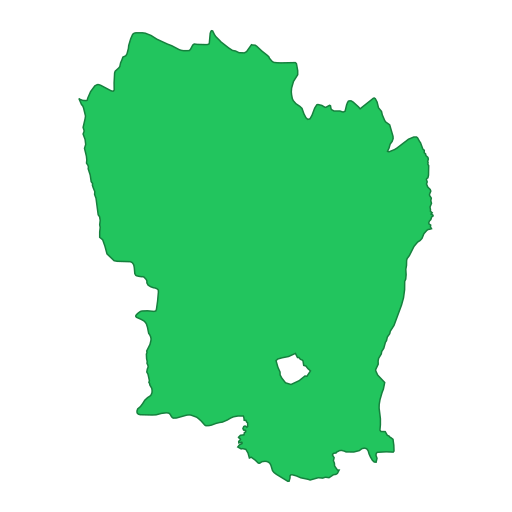 Bulungu, Bandundu, Democratic Republic of the Congo (Mercator projection)
{"feature_id": "63176286B11990771214401", "entity_name": "Bulungu", "entity_type": "district", "adm_level": 2, "iso_a3": "COD", "parent_name": "Democratic Republic of the Congo", "parent_adm1": "Bandundu", "projection": "mercator", "projection_center": [18.692, -4.697], "detail": "fine", "context": "isolated", "style": "filled", "palette": "green", "viewbox_px": 512, "rotation_deg": 0, "n_neighbors": 0, "source": "geoboundaries", "source_scale": "gbopen_adm2", "svg_char_len": 6004}
<svg xmlns="http://www.w3.org/2000/svg" viewBox="0 0 512 512"><path d="M78.9,98.5L81.5,104.5L82.8,106.0L83.6,108.1L85.5,116.0L85.1,118.8L83.1,127.4L84.2,131.0L83.1,134.0L85.1,139.5L85.7,144.5L84.5,148.3L86.4,156.2L86.8,160.0L86.5,163.1L88.0,165.4L88.4,166.9L88.2,168.8L90.2,175.0L91.2,181.7L92.6,183.5L92.4,185.2L93.2,187.7L94.8,191.6L94.6,194.4L96.0,198.2L98.2,214.8L99.6,216.8L100.2,220.4L99.7,224.8L100.2,227.4L99.7,232.0L99.7,237.3L102.7,239.8L105.0,246.4L107.0,253.9L114.1,260.7L117.3,261.3L130.4,261.7L132.2,262.6L133.0,263.6L133.8,265.1L134.3,267.7L134.8,273.6L135.7,275.2L136.4,275.7L138.7,276.3L141.4,276.7L143.2,276.7L144.2,277.3L146.3,279.6L146.9,281.1L146.9,282.9L148.1,285.1L150.6,286.7L153.3,287.7L155.2,288.0L157.0,288.8L158.1,289.7L158.3,290.4L158.4,292.1L157.6,301.1L156.4,309.6L155.7,311.0L153.9,311.4L147.5,310.8L142.1,311.0L140.5,311.4L139.2,312.3L137.5,313.6L135.9,315.4L135.8,316.5L136.5,317.3L140.8,319.2L143.9,320.9L145.3,322.3L146.4,323.9L147.5,327.4L148.7,333.4L149.7,334.7L150.6,336.7L151.0,338.5L151.0,340.1L150.0,344.4L146.7,351.0L147.0,352.3L146.4,354.2L146.6,358.7L147.2,361.4L147.0,363.4L147.8,365.0L148.2,366.9L147.3,369.1L146.8,372.0L148.0,374.2L149.4,380.6L148.9,382.4L149.7,383.7L149.8,384.9L151.8,388.4L152.1,390.7L152.0,392.6L151.1,394.9L150.1,396.0L147.6,397.6L144.8,400.2L142.6,403.7L140.4,406.6L137.7,408.9L137.0,410.9L137.0,412.2L137.3,413.2L138.4,414.2L140.2,414.7L152.3,415.0L156.2,414.8L161.4,413.4L166.4,412.8L168.7,413.1L169.7,413.8L170.4,414.7L171.5,416.7L172.5,417.7L173.3,418.1L176.4,418.0L186.8,415.1L189.3,414.9L191.0,415.1L196.7,417.2L198.4,418.5L201.1,420.9L204.8,425.1L205.9,425.7L209.0,425.6L211.4,425.1L216.0,423.4L219.6,422.5L222.4,422.1L227.3,420.0L230.7,418.0L233.5,416.8L237.9,416.0L243.3,416.0L243.9,417.6L244.2,420.3L246.0,420.4L246.6,422.0L247.6,422.7L247.7,426.6L246.8,427.3L245.8,426.2L244.7,426.1L243.8,426.5L242.9,428.5L243.6,430.1L245.4,430.3L245.8,430.9L245.5,432.1L244.4,432.5L244.0,434.8L240.4,435.3L238.5,437.3L239.0,438.0L240.1,438.5L240.5,439.5L238.7,441.4L238.8,442.9L241.7,442.2L242.1,442.8L242.0,443.6L239.4,444.9L237.8,447.0L241.1,448.9L242.7,448.6L245.9,449.4L248.0,453.0L249.4,458.0L251.2,457.2L255.2,460.1L258.3,463.1L259.7,463.2L261.9,461.7L264.9,461.3L266.4,461.4L268.1,462.0L269.7,463.1L270.9,465.2L272.5,470.6L274.0,472.5L276.2,474.2L287.8,481.3L289.1,481.2L290.0,477.9L290.0,475.9L290.9,474.8L292.4,474.8L296.4,475.9L300.8,477.8L308.1,479.3L310.1,480.0L318.3,477.7L322.7,478.1L325.4,477.2L329.0,477.7L333.5,474.7L335.8,474.4L337.4,473.4L339.1,470.1L337.7,470.1L337.2,469.7L334.6,466.0L334.4,463.2L333.4,460.7L334.1,457.7L332.5,455.1L332.7,454.2L333.9,453.2L336.0,453.0L336.5,452.2L339.5,450.6L341.6,450.4L344.3,451.1L346.0,451.9L353.8,452.0L359.3,450.6L362.0,448.6L364.5,448.1L366.6,448.7L368.1,450.6L369.1,454.0L370.5,457.1L372.4,460.3L374.2,462.0L376.1,462.2L377.0,458.3L375.9,455.1L376.3,453.3L377.3,452.3L386.2,451.8L393.2,452.1L394.0,451.0L393.8,445.2L393.0,439.3L390.7,437.5L390.1,437.4L389.1,436.1L387.3,435.3L385.2,431.6L380.9,431.5L379.9,430.1L380.4,424.8L380.4,418.8L379.1,408.1L379.2,404.4L380.0,399.6L382.1,392.4L383.4,389.1L384.7,382.5L377.7,375.1L375.7,370.8L375.7,369.5L378.2,364.2L378.1,361.0L378.6,358.4L381.3,353.9L381.7,351.5L383.8,348.2L385.4,342.3L386.5,340.6L387.3,337.1L389.7,333.7L390.3,331.2L394.0,325.4L401.5,305.1L403.5,297.9L404.6,289.7L404.7,281.3L405.7,279.2L406.1,274.8L405.8,269.3L406.5,265.4L406.6,260.5L407.1,258.6L409.3,255.7L414.0,246.4L417.6,242.1L420.1,240.5L422.0,238.4L423.9,233.7L426.8,230.4L428.1,229.5L429.9,229.2L431.5,228.7L430.4,226.8L430.7,225.1L429.0,223.9L428.7,222.9L429.5,220.9L430.8,219.6L431.7,216.9L433.1,215.9L432.9,215.1L431.1,214.1L432.2,212.8L430.4,211.2L430.5,209.8L430.0,207.0L431.5,203.3L430.8,200.7L431.3,198.1L429.6,195.5L429.5,194.3L430.8,191.1L430.2,189.5L427.8,187.1L426.5,184.0L427.2,181.9L426.4,179.6L426.7,178.6L427.9,177.8L428.5,175.2L428.7,165.6L427.8,164.2L428.1,162.5L427.7,161.5L428.3,159.1L427.9,157.4L425.9,155.6L425.6,153.9L424.2,152.7L424.3,150.3L422.9,149.2L420.4,142.5L419.7,141.7L417.6,137.9L416.5,137.0L413.8,137.0L408.5,139.2L396.9,148.1L394.5,149.6L389.3,151.7L388.2,151.7L387.5,151.3L389.1,147.9L390.1,144.2L392.1,141.5L393.1,138.6L393.0,136.3L389.7,124.9L385.6,121.9L384.6,120.3L382.3,114.9L381.5,111.4L378.5,107.8L377.1,102.1L375.3,98.7L374.2,98.0L373.3,98.3L360.1,108.8L358.5,106.9L353.2,102.1L351.2,100.9L350.0,100.8L348.4,101.1L347.5,102.6L346.6,104.9L345.1,111.2L343.1,112.1L339.9,111.0L334.0,111.0L331.8,109.8L331.0,108.8L330.5,105.8L329.6,105.3L325.9,107.3L325.0,107.3L321.8,105.4L317.9,104.5L316.8,104.8L314.7,108.1L312.0,115.3L310.0,118.8L307.8,119.4L305.9,117.7L303.9,113.8L302.0,108.4L299.9,106.4L295.9,103.7L293.2,100.6L292.3,98.5L291.6,94.9L291.3,91.9L291.6,88.0L293.5,81.4L297.7,74.7L297.7,70.7L296.7,65.1L296.4,63.6L295.3,62.6L281.2,62.9L277.5,62.8L273.7,62.4L271.9,61.2L269.4,58.2L268.9,56.9L267.5,55.5L261.8,51.0L256.8,46.3L255.2,45.2L252.4,45.0L251.5,44.7L246.6,51.6L244.3,52.9L239.0,52.7L235.5,51.0L232.4,50.4L228.6,47.9L220.7,41.7L219.9,40.7L215.7,36.5L214.5,34.7L212.6,30.9L211.4,30.7L210.8,31.6L210.2,33.4L209.3,43.3L208.7,44.2L207.1,44.6L205.0,44.6L197.3,44.4L194.2,44.0L192.8,45.0L190.5,49.3L189.3,50.6L186.4,50.7L183.5,50.7L181.1,50.3L179.1,49.6L171.7,45.7L167.5,44.1L156.9,39.2L151.1,35.5L145.3,33.2L142.4,32.8L136.0,32.8L134.5,33.1L133.3,33.7L132.5,34.7L130.7,38.8L128.7,45.5L128.4,48.5L127.0,53.8L125.8,55.8L122.9,57.1L121.9,59.9L120.6,62.8L119.8,66.6L118.7,68.0L115.2,71.2L114.6,73.0L114.1,82.8L114.2,90.0L113.4,91.1L112.0,91.1L110.7,90.6L100.7,85.3L98.6,84.6L97.3,84.6L94.8,85.9L90.6,91.6L87.7,98.3L87.3,100.1L86.2,100.6L82.7,100.4L79.9,99.3L78.9,98.5ZM285.5,382.8L281.8,378.1L280.1,374.9L280.0,372.0L277.9,367.3L276.0,360.6L277.8,359.0L282.0,357.8L288.6,356.5L295.4,353.4L297.5,357.5L298.9,357.5L300.4,359.3L302.3,360.1L303.0,360.9L303.7,365.4L305.9,366.0L307.9,368.6L310.5,370.9L306.9,376.3L305.0,376.0L299.1,380.7L291.0,384.5L285.5,382.8Z" fill="#22c55e" stroke="#15803d" stroke-width="1.5"/></svg>